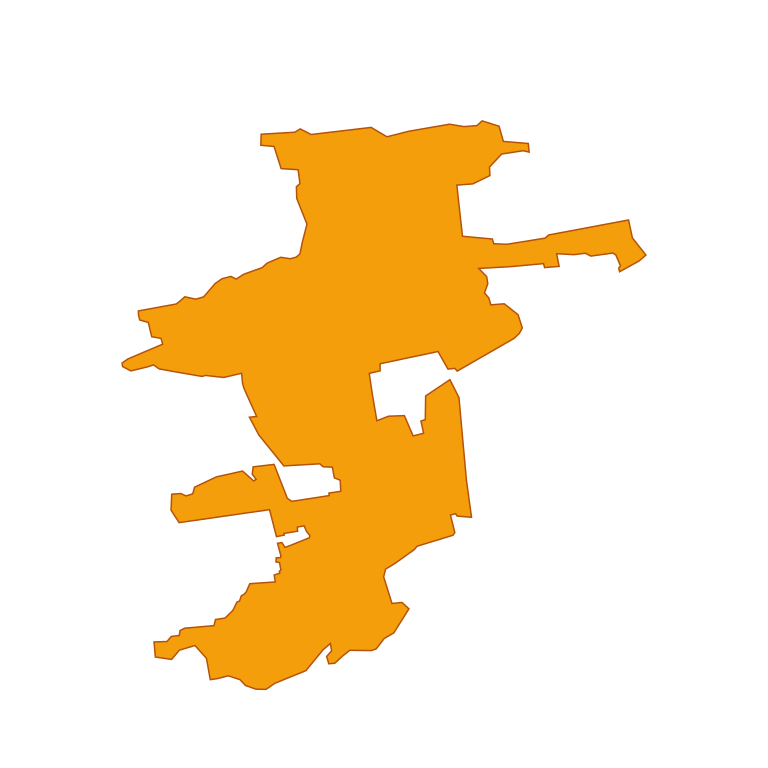 Shakhrisabz city, Kashkadarya, Uzbekistan, rotated 167°
{"feature_id": "79887680B15767509154771", "entity_name": "Shakhrisabz city", "entity_type": "district", "adm_level": 2, "iso_a3": "UZB", "parent_name": "Uzbekistan", "parent_adm1": "Kashkadarya", "projection": "equal_earth", "projection_center": [66.838, 39.072], "detail": "fine", "context": "isolated", "style": "filled", "palette": "amber", "viewbox_px": 768, "rotation_deg": 167, "n_neighbors": 0, "source": "geoboundaries", "source_scale": "gbopen_adm2", "svg_char_len": 3026}
<svg xmlns="http://www.w3.org/2000/svg" viewBox="0 0 768 768"><g transform="rotate(167 384 384)"><path d="M318.7,320.0L314.0,353.9L318.8,373.4L346.1,363.0L351.8,340.0L356.3,339.6L356.5,327.1L367.3,326.9L371.3,348.6L386.8,351.6L399.2,349.8L397.7,376.2L396.0,397.7L384.8,397.7L383.3,404.6L324.1,403.5L318.3,384.1L311.5,383.3L309.8,380.1L246.9,399.2L240.7,402.9L236.6,407.6L237.8,421.4L248.8,435.1L262.1,437.1L262.5,444.3L265.6,450.1L260.3,458.4L259.8,465.6L265.7,475.3L234.5,469.9L201.5,465.4L201.3,461.3L186.9,459.2L186.5,472.1L169.8,467.3L158.4,466.1L153.7,462.1L131.6,460.1L129.1,457.6L127.0,445.9L129.2,444.2L129.2,440.4L107.7,446.5L99.8,450.7L109.1,470.5L108.8,488.8L189.9,492.2L194.3,489.9L232.9,492.5L245.5,496.0L245.8,500.9L274.3,510.3L268.3,561.4L252.4,559.0L233.9,563.3L232.4,571.7L217.6,581.6L196.0,580.0L190.4,577.3L189.3,585.9L213.1,593.5L213.9,609.3L229.2,618.3L235.3,614.9L248.2,616.8L261.7,622.4L302.9,624.7L325.5,624.2L338.8,636.9L398.9,643.5L408.2,651.4L414.2,649.4L447.5,655.0L450.3,644.3L437.7,640.2L435.8,617.0L419.5,612.1L420.8,598.2L425.0,595.9L427.3,584.4L423.1,557.1L431.8,540.3L436.7,529.6L440.9,527.4L447.0,527.1L456.1,530.7L470.7,528.1L476.5,524.8L496.0,522.5L504.5,519.5L509.0,523.3L518.2,523.0L525.9,519.9L540.1,509.5L548.3,509.0L558.5,513.8L563.9,510.8L568.5,508.7L606.9,510.5L607.7,506.5L607.6,501.3L599.8,497.0L599.7,482.3L591.0,478.6L590.7,472.6L627.7,466.1L634.5,463.4L634.8,459.8L627.7,453.7L610.6,453.9L604.2,454.4L599.7,449.3L585.8,443.3L559.6,432.3L556.0,432.5L538.7,426.4L520.4,426.5L521.6,416.9L521.6,413.4L521.3,410.7L519.7,402.4L515.4,381.0L517.8,381.3L522.6,381.9L517.4,362.4L500.0,326.7L464.6,320.7L461.9,317.0L453.0,314.6L453.4,306.3L453.5,303.7L448.3,300.1L450.3,289.2L462.2,290.1L462.5,287.6L500.3,290.4L503.9,294.3L507.3,317.5L509.2,330.4L530.1,332.7L532.6,326.0L532.7,325.9L530.1,319.8L532.8,318.8L540.6,329.9L541.4,331.0L542.9,331.0L568.1,331.2L591.8,326.1L595.1,320.0L602.1,319.5L606.6,323.0L615.6,324.4L619.9,309.0L614.8,295.0L523.8,287.3L523.1,259.5L515.2,259.2L515.1,260.9L501.3,260.0L500.6,264.1L493.7,263.7L492.7,257.8L490.4,253.2L491.2,251.0L511.5,247.8L517.2,247.1L519.2,252.5L523.6,252.7L523.1,239.7L523.9,238.1L528.1,238.9L529.3,234.9L526.0,233.5L526.3,226.0L528.1,225.1L528.1,223.1L534.0,222.6L534.4,215.6L559.7,219.6L565.3,212.1L568.4,210.3L570.6,209.8L573.6,205.0L576.3,204.6L582.3,197.3L591.6,191.7L601.2,192.4L604.0,186.8L633.0,190.9L638.2,189.7L640.1,185.0L648.0,185.9L653.4,181.9L666.1,184.4L668.2,169.4L652.9,163.4L643.2,170.7L627.0,171.7L618.7,156.6L619.8,135.0L612.7,134.4L601.4,134.7L590.9,128.4L586.7,121.3L577.5,115.5L567.7,113.0L557.7,116.9L524.5,122.3L503.1,138.8L494.6,143.2L495.1,135.8L501.2,131.4L500.7,123.8L494.8,123.0L485.6,128.2L477.2,132.2L456.3,127.1L451.3,127.6L441.0,136.0L430.4,139.3L410.3,159.3L415.6,167.1L425.6,168.4L427.7,196.2L424.1,203.3L413.7,206.7L391.8,215.8L388.1,218.5L350.8,221.1L348.4,223.3L348.7,241.4L343.4,241.5L342.5,238.9L328.7,234.4L325.3,271.8L318.7,320.0Z" fill="#f59e0b" stroke="#b45309" stroke-width="1.5"/></g></svg>